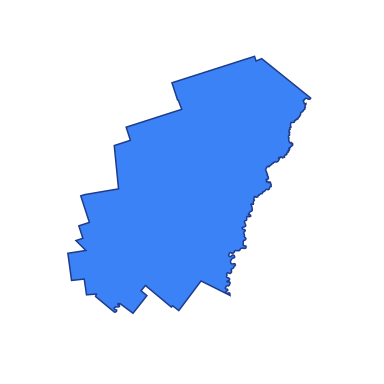 outline of Salavina, Santiago del Estero, Argentina, rotated 252°
{"feature_id": "61730980B95866867056524", "entity_name": "Salavina", "entity_type": "district", "adm_level": 2, "iso_a3": "ARG", "parent_name": "Argentina", "parent_adm1": "Santiago del Estero", "projection": "albers", "projection_center": [-63.402, -28.927], "detail": "fine", "context": "isolated", "style": "filled", "palette": "blue", "viewbox_px": 384, "rotation_deg": 252, "n_neighbors": 0, "source": "geoboundaries", "source_scale": "gbopen_adm2", "svg_char_len": 6073}
<svg xmlns="http://www.w3.org/2000/svg" viewBox="0 0 384 384"><g transform="rotate(252 192 192)"><path d="M101.7,81.1L101.5,82.1L101.7,83.1L102.3,83.7L103.1,83.8L103.8,83.1L104.3,82.3L104.9,81.9L105.5,82.1L106.1,82.6L106.2,83.7L106.0,85.1L105.6,85.8L105.4,87.0L105.7,87.7L106.5,88.0L107.1,87.9L107.6,86.9L108.2,86.7L108.8,87.4L108.0,88.3L108.1,89.1L94.9,98.4L107.4,117.1L113.8,113.0L117.5,118.8L88.9,136.8L89.8,138.4L83.3,142.8L104.6,173.1L81.9,196.2L82.7,196.3L83.2,196.6L84.2,196.6L84.5,196.2L84.7,195.8L84.8,194.8L85.3,193.3L85.7,192.9L86.2,192.9L86.7,193.1L86.8,193.7L87.1,194.5L87.2,195.6L87.9,195.7L88.4,195.6L88.8,195.4L88.9,194.9L89.3,194.2L89.6,194.0L90.3,194.0L90.7,194.2L91.0,194.8L91.6,195.0L91.9,195.5L92.0,196.5L91.6,197.2L91.4,197.8L91.9,198.7L92.5,199.1L93.1,199.8L93.9,200.2L94.6,200.1L95.1,199.6L95.3,198.9L95.4,198.0L95.8,197.6L96.4,197.9L96.4,199.4L96.7,200.3L96.9,200.5L97.6,200.9L98.3,200.7L99.0,200.3L99.7,199.1L100.2,198.7L100.8,198.6L101.6,199.2L102.1,199.6L103.7,199.7L104.1,200.4L104.2,200.8L104.1,201.4L103.9,201.8L103.4,202.0L103.0,202.3L102.7,203.3L103.2,204.3L103.7,204.9L104.8,205.2L105.8,205.2L106.3,205.3L106.6,206.3L106.6,207.1L107.4,208.5L108.1,208.7L108.5,209.3L108.5,210.0L109.1,210.7L109.9,210.8L110.5,210.6L110.8,210.1L110.9,209.2L111.0,208.7L111.1,208.0L111.7,207.2L113.3,206.9L113.9,207.1L114.6,207.4L115.2,208.0L115.3,208.4L116.1,209.2L116.4,209.9L116.4,211.6L116.7,212.4L118.2,212.6L118.8,212.3L119.2,212.0L119.5,211.5L119.5,210.9L119.4,210.4L119.0,210.0L118.8,209.3L118.8,208.1L119.1,207.7L120.4,207.3L120.9,207.4L121.2,207.8L121.8,208.5L122.4,208.9L122.5,209.5L122.2,210.4L121.6,210.8L121.2,211.5L121.2,212.2L121.4,213.1L121.9,213.8L122.5,214.1L122.8,214.5L122.9,215.1L121.8,218.0L121.7,219.1L121.9,219.5L122.5,219.9L122.8,220.4L123.2,220.9L123.2,222.1L122.8,223.2L122.4,223.9L122.0,225.0L122.0,225.7L122.6,226.2L123.1,226.5L124.0,226.5L124.4,225.6L125.3,224.4L125.9,224.4L127.5,224.9L128.2,225.0L129.4,225.8L129.9,226.3L130.0,228.1L130.8,228.8L131.5,228.9L132.6,228.1L133.8,228.1L134.4,228.5L136.8,228.6L137.3,228.7L138.0,229.2L138.4,230.2L138.7,230.7L139.6,230.7L139.9,230.5L140.6,229.3L141.2,228.6L142.4,228.7L142.6,229.0L142.7,229.6L142.7,231.2L142.7,231.9L143.0,232.4L143.7,232.8L144.3,232.8L144.9,232.8L146.7,232.6L147.8,232.7L148.1,233.0L148.2,233.6L148.3,235.0L148.8,235.5L150.9,236.1L151.4,236.4L151.7,236.7L151.4,237.4L151.2,237.7L151.0,238.3L150.8,238.8L150.7,240.2L151.0,240.5L151.7,240.5L152.1,240.4L152.4,240.0L152.6,239.3L152.8,238.8L153.3,238.7L153.7,239.0L153.9,239.7L154.5,240.1L155.4,241.3L155.3,242.7L155.6,243.3L156.3,243.7L157.5,244.1L158.6,244.3L160.3,244.3L161.4,244.3L162.1,244.3L162.2,244.6L162.2,245.1L161.4,245.9L161.4,246.5L162.0,246.9L162.9,246.9L164.3,247.7L164.4,248.1L164.9,248.8L165.6,248.8L165.8,248.6L166.1,248.5L166.5,248.7L167.2,249.1L168.3,249.9L168.3,250.4L168.2,250.7L168.0,250.9L167.3,251.1L167.1,251.6L167.1,253.1L168.1,253.8L168.4,254.1L168.4,254.6L168.2,254.9L168.7,255.7L168.9,256.4L169.1,257.0L169.0,258.0L168.8,258.1L169.1,258.6L169.6,259.0L170.0,259.1L170.3,259.4L170.0,259.9L170.3,261.1L170.6,261.8L171.5,263.1L171.5,263.8L171.0,264.5L170.7,265.1L170.7,265.6L171.0,266.5L172.1,267.0L172.5,267.3L172.7,267.7L172.7,268.5L172.8,269.1L173.5,269.2L174.1,269.2L174.4,269.5L174.9,269.6L175.2,269.6L175.8,269.1L176.5,269.5L177.1,269.6L177.3,269.2L177.4,268.8L177.9,268.3L177.8,267.9L177.5,267.4L178.1,267.2L178.2,266.6L178.6,266.0L179.0,266.0L179.2,266.4L179.5,266.7L180.0,266.6L180.4,266.3L180.8,266.3L181.0,266.7L180.8,268.0L181.1,268.3L181.1,268.8L181.6,269.0L182.4,269.0L183.3,269.2L183.7,269.0L184.2,268.6L184.8,268.7L184.8,269.0L185.4,269.2L186.2,269.1L187.8,269.1L188.4,269.0L190.3,268.9L190.8,269.2L191.2,269.6L191.9,270.1L192.5,270.7L192.5,271.2L193.1,272.3L192.7,272.5L192.2,272.9L192.6,273.7L193.1,274.3L193.1,274.9L193.5,275.5L193.5,276.2L194.1,276.7L194.2,277.1L194.2,278.1L194.7,278.4L194.8,279.2L195.0,280.1L194.8,281.0L194.4,281.5L194.5,282.8L195.0,283.8L195.7,284.3L195.8,284.8L196.7,285.1L196.9,285.6L197.5,285.3L197.7,285.0L198.0,285.4L197.7,286.0L197.6,286.7L198.0,287.5L197.5,287.7L197.0,288.2L196.9,288.6L196.4,288.8L196.7,289.5L196.5,290.1L196.5,290.7L197.4,290.8L197.8,291.1L198.1,291.9L198.5,292.3L198.6,292.6L198.3,293.1L198.4,293.7L199.1,293.9L199.6,294.1L199.9,295.0L200.3,295.1L200.1,295.6L200.4,296.1L201.5,296.1L201.7,296.4L201.5,296.7L201.4,297.2L202.1,297.6L202.6,298.1L203.2,297.9L203.4,297.6L203.8,297.7L203.9,298.1L203.7,298.7L204.0,299.4L204.4,299.7L204.8,300.3L204.8,300.7L205.0,301.3L205.2,301.6L205.2,301.9L205.6,302.3L206.2,302.3L206.5,302.6L207.2,302.6L207.2,301.5L207.6,301.5L208.5,301.5L208.5,300.4L208.8,300.2L209.1,300.2L209.9,299.9L210.6,299.8L211.3,300.2L212.0,300.2L212.7,300.4L213.0,300.8L213.8,301.0L214.6,300.7L215.7,301.2L215.9,301.6L215.9,302.0L216.0,302.4L217.0,302.6L218.0,302.7L218.6,303.4L218.9,303.2L219.3,302.8L220.0,303.1L220.4,303.4L221.1,303.8L221.1,304.5L221.8,304.7L222.7,304.7L223.0,305.1L222.9,305.5L222.8,305.8L223.1,306.2L224.8,306.2L225.8,306.7L226.5,306.8L227.5,307.7L227.5,307.8L227.2,308.3L227.0,309.3L226.8,309.9L226.8,310.9L227.4,311.5L228.3,311.6L228.3,312.0L228.3,312.8L228.7,313.2L228.9,313.8L228.6,314.0L228.9,314.5L228.7,315.1L229.0,315.6L229.7,315.7L230.1,316.4L230.2,317.2L230.8,317.9L231.3,318.0L231.4,318.4L232.1,319.2L232.9,319.4L233.4,319.8L234.0,320.1L234.0,320.8L234.3,322.1L234.7,322.3L234.7,322.7L235.2,323.1L235.4,323.4L235.7,324.1L235.8,324.7L236.3,324.7L236.8,325.1L236.9,325.4L237.2,325.4L237.3,325.8L238.6,325.9L239.7,326.8L240.5,327.7L241.0,327.7L240.7,326.7L241.4,326.1L241.9,326.2L243.7,326.0L244.5,326.1L244.5,326.7L245.2,327.2L245.3,327.9L245.9,328.6L245.9,329.2L245.6,330.1L245.2,330.6L244.5,331.0L243.8,332.4L244.1,333.3L244.6,333.9L297.3,299.5L296.8,293.4L301.7,293.4L302.1,206.7L284.0,206.7L283.4,207.3L273.8,207.8L274.0,149.4L260.2,149.4L260.2,132.4L217.7,123.1L222.7,89.0L222.7,85.0L194.8,85.0L194.8,73.9L181.7,73.9L181.7,66.6L169.2,73.0L172.1,55.0L145.1,50.1L142.5,62.6L126.8,59.9L124.5,69.5L122.4,68.0L101.7,81.1Z" fill="#3b82f6" stroke="#1e3a8a" stroke-width="1.5"/></g></svg>